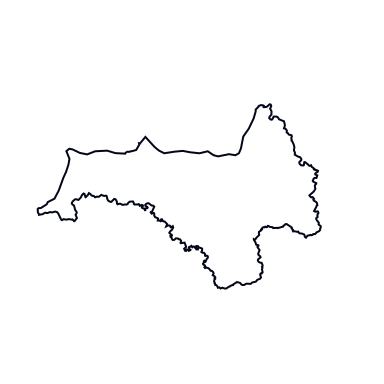 Kenieba, Kayes, Mali (Albers equal-area conic projection), rotated 311°
{"feature_id": "8926073B58532098111230", "entity_name": "Kenieba", "entity_type": "district", "adm_level": 2, "iso_a3": "MLI", "parent_name": "Mali", "parent_adm1": "Kayes", "projection": "albers", "projection_center": [-11.114, 12.792], "detail": "fine", "context": "isolated", "style": "outline", "palette": "ink", "viewbox_px": 384, "rotation_deg": 311, "n_neighbors": 0, "source": "geoboundaries", "source_scale": "gbopen_adm2", "svg_char_len": 6106}
<svg xmlns="http://www.w3.org/2000/svg" viewBox="0 0 384 384"><g transform="rotate(311 192 192)"><path d="M140.4,70.4L136.6,77.8L131.6,80.8L124.7,83.7L118.3,85.6L105.6,90.5L96.7,92.6L89.6,89.7L88.3,90.3L87.0,90.3L81.5,88.7L80.7,88.4L79.1,86.8L77.9,86.7L75.5,89.1L74.9,91.0L74.4,91.5L77.3,93.8L80.1,94.8L81.2,96.7L83.7,98.0L84.7,99.7L87.2,101.4L87.7,102.0L88.3,103.5L88.0,105.3L85.8,110.2L85.3,111.8L85.5,112.4L87.3,112.9L88.6,115.2L90.9,117.0L92.0,119.0L92.9,119.8L92.6,122.0L92.9,122.5L96.9,122.2L98.4,119.1L100.6,118.7L101.3,117.9L101.8,115.6L104.4,111.8L104.1,110.2L104.5,108.7L106.4,108.1L109.7,108.5L110.5,109.3L111.5,111.5L114.9,111.7L117.4,111.0L119.7,111.1L120.0,112.2L118.3,114.8L118.3,115.2L121.5,115.4L123.5,114.9L123.8,116.6L123.5,118.5L123.8,119.5L124.6,120.4L124.4,122.1L124.7,122.6L125.9,123.1L127.4,124.9L130.3,125.4L131.3,128.2L132.9,129.6L133.0,130.1L130.8,133.3L130.6,134.2L130.6,135.3L131.2,137.3L131.8,137.6L135.7,137.8L136.3,138.9L136.0,140.3L135.3,141.8L134.0,143.0L133.9,143.9L136.0,145.3L136.8,148.2L138.5,149.4L139.5,150.8L140.7,151.3L142.0,151.0L143.8,151.3L146.1,153.6L145.7,155.0L144.8,156.0L144.9,156.9L147.1,159.3L147.9,159.7L147.9,160.3L147.3,161.6L149.0,162.3L149.7,163.4L149.4,164.1L147.8,163.9L147.4,164.3L147.3,165.0L148.1,166.7L147.4,168.4L147.6,168.6L148.2,167.9L149.0,167.7L150.5,168.9L151.1,168.8L151.4,168.0L151.0,165.9L151.5,165.2L153.2,165.2L154.6,166.1L155.1,166.9L155.3,170.3L156.3,171.9L156.2,173.1L150.5,174.9L150.1,174.1L149.6,174.1L149.2,175.8L150.9,176.7L151.1,177.2L150.5,178.2L149.5,178.8L148.8,180.5L149.8,183.8L148.0,184.9L149.0,185.9L149.4,187.6L149.9,187.8L151.1,186.7L151.7,187.1L151.0,189.5L151.8,190.8L151.5,194.3L149.1,195.1L150.6,195.7L151.6,196.5L152.1,197.5L151.4,199.1L151.8,199.5L153.6,199.9L152.9,201.1L150.2,201.7L148.5,201.4L146.5,201.5L146.2,201.9L146.3,205.2L145.2,205.6L144.5,204.7L144.0,205.3L144.0,206.7L143.2,208.2L143.2,209.0L144.2,210.0L146.4,210.2L147.7,211.9L147.7,213.1L148.4,213.9L148.1,215.6L147.7,216.1L146.1,216.7L146.1,217.2L148.9,219.6L146.9,223.3L146.6,223.6L144.0,223.3L143.1,225.4L143.6,226.1L144.6,225.5L145.3,225.7L145.5,228.3L147.1,228.9L147.4,228.8L147.2,227.2L148.0,226.0L148.8,225.9L149.4,226.6L150.9,226.8L150.5,228.5L151.6,228.6L152.2,229.4L151.6,233.0L152.5,234.1L152.8,233.9L152.5,232.5L152.7,231.9L153.1,231.8L153.5,230.8L154.1,230.7L155.0,231.9L154.7,233.9L155.7,235.7L155.9,236.8L154.5,238.0L152.9,238.4L153.0,239.7L154.0,241.0L153.7,242.5L152.5,243.6L152.5,244.1L153.6,244.8L153.9,245.8L153.7,246.3L152.7,247.1L150.9,247.1L148.0,248.0L147.6,247.7L148.1,246.4L147.6,246.3L146.6,247.3L145.2,247.3L144.7,247.9L145.0,249.8L144.7,250.9L144.2,251.2L143.7,250.7L143.4,250.7L143.2,251.8L144.2,252.2L145.1,253.9L145.3,255.3L144.8,257.8L145.5,258.7L145.4,260.6L144.8,261.7L142.8,262.2L143.2,264.3L142.8,265.6L141.8,265.5L141.6,266.5L140.6,266.4L139.0,267.3L138.6,268.4L138.0,268.7L138.1,269.4L137.1,270.5L137.7,271.6L137.4,273.2L136.7,274.3L138.0,275.3L137.9,276.8L139.7,277.7L140.6,280.0L141.7,281.2L144.6,281.9L145.4,282.5L145.9,282.4L148.1,283.4L148.7,284.1L149.5,283.8L153.5,285.0L154.9,287.8L154.6,290.2L155.1,291.3L156.1,292.4L158.4,293.1L161.2,296.6L163.2,296.8L166.2,299.0L168.6,298.9L171.0,300.2L172.7,300.2L174.3,297.7L175.2,297.3L176.0,297.9L176.6,297.6L177.2,298.1L177.8,297.9L179.5,295.6L181.0,294.9L181.4,293.9L182.6,293.8L183.3,292.9L184.2,291.0L183.2,289.3L183.0,288.1L183.5,286.6L184.4,286.1L187.6,286.6L188.2,285.9L188.2,283.2L188.7,282.5L192.5,281.1L193.4,277.5L194.0,277.1L195.1,277.4L195.3,277.0L194.4,274.9L195.8,272.6L196.5,270.0L197.0,269.6L197.2,270.6L197.9,270.9L199.5,270.6L203.5,270.9L204.0,270.7L204.5,269.7L205.9,268.7L208.2,269.3L208.9,268.7L209.8,269.4L210.5,268.7L211.4,268.6L212.4,269.1L212.9,269.9L213.9,270.0L214.1,271.1L214.6,271.4L215.0,271.7L216.1,271.4L216.4,271.8L216.8,273.7L218.1,275.6L218.0,276.8L218.5,276.9L219.0,278.0L221.0,279.9L221.0,280.4L225.7,283.5L226.6,283.1L227.7,283.6L229.0,283.6L229.9,284.4L230.7,290.6L229.8,291.1L229.7,293.0L228.9,293.4L228.6,294.2L229.5,294.9L231.0,297.6L231.8,298.2L231.4,299.0L231.4,300.4L232.8,302.3L233.5,304.4L233.4,305.0L232.2,306.5L232.3,308.0L234.7,307.8L237.5,309.7L237.5,310.3L238.7,311.1L240.0,311.2L240.9,312.4L242.1,312.6L243.1,312.4L245.7,313.6L247.4,313.6L248.4,312.7L250.0,312.3L250.7,311.4L250.5,308.9L252.0,307.9L252.5,305.0L253.2,303.3L254.4,302.8L255.5,303.2L257.3,301.4L258.7,301.4L259.4,300.8L259.9,299.9L259.7,299.4L258.6,298.6L257.8,297.5L257.7,296.6L262.2,295.6L263.6,295.0L264.2,295.3L265.7,293.5L265.9,292.1L265.4,289.5L266.0,288.4L266.9,288.6L267.3,287.0L267.1,286.1L266.3,285.7L266.2,285.3L266.1,283.8L266.5,282.8L272.4,283.6L275.4,283.0L276.7,281.2L277.6,280.4L279.8,280.3L280.2,280.0L279.4,277.1L279.6,275.8L282.1,275.0L283.2,275.5L284.3,276.7L286.8,275.6L286.1,273.6L286.4,273.1L287.9,272.9L289.6,273.6L290.6,273.3L290.5,272.2L289.1,269.7L289.1,269.4L289.5,269.2L289.2,268.9L289.8,268.0L289.5,266.0L290.3,264.3L289.1,263.9L288.7,263.3L288.9,261.5L288.7,257.5L288.1,257.2L285.6,258.8L285.0,258.6L283.8,256.9L283.8,255.0L284.3,253.9L285.3,253.3L287.5,253.6L288.5,253.1L289.2,250.9L288.3,248.8L287.6,245.1L289.3,243.8L290.3,241.6L293.1,239.8L294.6,237.5L296.0,234.4L296.1,233.3L297.2,232.6L297.8,231.5L299.5,230.9L300.1,229.9L298.8,227.2L299.3,226.0L299.0,224.4L300.6,223.3L301.1,220.9L300.4,219.7L303.4,218.3L305.7,215.1L304.0,210.0L304.7,207.8L304.3,206.2L302.4,204.1L300.3,204.8L299.0,204.8L298.3,203.9L298.4,201.8L299.6,201.2L302.6,201.1L305.1,199.0L306.1,196.3L308.9,195.4L309.6,194.1L309.2,193.1L305.3,192.5L303.2,190.7L303.1,190.1L304.2,189.6L304.0,188.7L302.6,186.8L300.3,185.9L299.9,186.2L296.0,186.0L294.4,187.3L287.9,190.3L277.0,193.3L267.5,194.3L256.9,200.4L252.0,202.0L248.2,200.6L244.8,195.1L236.0,188.3L233.9,184.1L233.1,177.2L226.1,172.2L220.8,164.6L217.0,158.1L210.9,152.3L203.0,145.6L201.6,140.0L201.4,134.3L203.0,120.7L194.7,120.9L194.0,120.0L193.3,121.1L187.1,122.3L183.1,119.7L182.3,118.8L181.4,118.6L179.9,116.7L177.8,116.1L177.1,116.4L171.1,108.7L167.5,100.8L159.2,92.2L151.6,88.2L147.9,81.7L145.8,73.9L144.1,71.0L140.4,70.4Z" fill="none" stroke="#020617" stroke-width="2"/></g></svg>